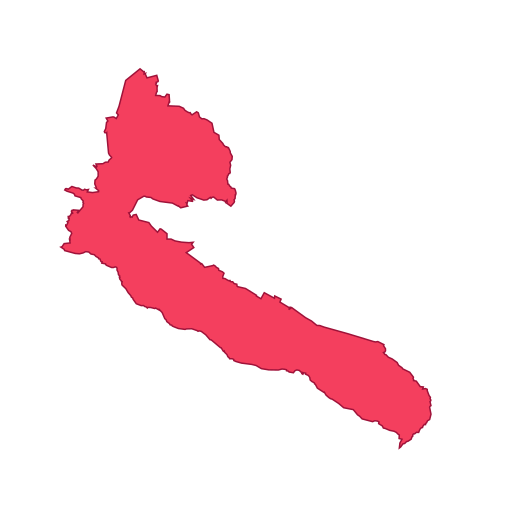 the district of Tuxcueca, Jalisco, Mexico, rotated 190°
{"feature_id": "50627088B64189905632307", "entity_name": "Tuxcueca", "entity_type": "district", "adm_level": 2, "iso_a3": "MEX", "parent_name": "Mexico", "parent_adm1": "Jalisco", "projection": "mercator", "projection_center": [-103.23, 20.139], "detail": "fine", "context": "isolated", "style": "filled", "palette": "rose", "viewbox_px": 512, "rotation_deg": 190, "n_neighbors": 0, "source": "geoboundaries", "source_scale": "gbopen_adm2", "svg_char_len": 6105}
<svg xmlns="http://www.w3.org/2000/svg" viewBox="0 0 512 512"><g transform="rotate(190 256 256)"><path d="M402.7,420.2L414.8,406.3L416.9,379.6L418.2,372.7L416.1,371.0L417.5,367.1L420.1,368.2L421.2,368.1L427.5,365.8L425.3,363.2L426.4,361.5L426.1,355.4L427.0,352.2L426.3,351.2L424.5,351.3L424.4,350.5L424.3,350.9L419.1,331.8L417.9,330.1L415.3,328.1L415.4,327.4L417.3,325.0L417.9,322.8L420.7,322.2L422.8,320.3L429.6,318.8L428.2,316.8L428.5,316.0L432.4,317.3L428.6,314.4L426.1,311.6L425.3,307.1L426.6,304.0L427.7,302.8L427.3,299.0L425.2,295.7L424.9,294.8L425.4,294.8L422.3,293.0L422.2,292.0L427.9,290.1L433.3,289.8L432.6,292.4L434.4,291.7L436.4,292.0L437.2,290.9L438.7,290.7L442.4,292.1L444.8,291.8L449.4,292.5L452.5,289.2L454.5,289.6L454.5,290.0L454.7,289.2L455.3,289.1L455.8,287.8L453.5,287.0L447.3,286.2L445.6,285.4L444.7,283.8L438.7,283.1L438.1,282.0L435.6,280.1L435.8,278.9L434.9,277.9L435.3,277.1L434.9,274.5L438.9,267.5L439.5,267.8L438.4,270.2L443.9,269.7L444.0,269.3L445.1,269.1L445.6,268.1L443.5,266.0L445.1,266.5L445.5,264.5L446.5,262.7L447.8,262.3L447.3,260.5L446.5,260.7L446.5,258.4L448.0,257.2L447.0,256.2L447.9,253.3L448.7,253.5L448.6,252.3L445.0,248.7L442.4,247.8L441.4,246.2L442.6,242.1L442.0,239.8L442.5,239.9L441.3,236.6L447.1,234.9L448.6,231.5L449.7,230.9L446.0,229.2L445.4,228.1L434.4,227.1L430.2,227.5L426.8,229.0L424.5,230.7L421.4,230.9L418.9,229.3L415.4,229.2L413.6,227.8L410.8,226.8L410.5,226.0L408.9,225.8L408.2,224.2L407.4,223.5L406.5,223.5L406.6,222.2L402.8,222.1L402.5,221.4L401.4,220.8L396.3,219.6L394.4,219.9L392.7,220.9L391.3,220.6L390.6,219.6L390.5,218.1L389.0,216.1L388.2,213.7L386.7,212.6L386.9,211.7L386.4,211.4L386.7,211.0L386.1,209.6L384.4,208.2L384.0,207.3L383.4,207.4L383.4,205.3L382.8,204.1L378.5,201.2L375.5,197.7L372.4,195.2L371.6,193.9L370.2,193.3L369.4,191.9L365.6,188.2L360.4,187.2L358.2,187.7L356.7,186.9L355.2,186.8L354.0,185.9L353.6,186.6L350.7,187.0L346.5,186.7L345.8,187.3L342.4,186.1L342.6,186.6L342.2,186.7L338.6,184.0L334.9,178.4L333.6,177.7L332.4,175.9L329.5,174.4L328.6,173.3L327.0,173.3L326.3,172.5L324.3,172.0L319.8,171.1L313.1,171.4L311.9,172.1L306.6,173.2L301.0,172.3L300.0,171.8L299.0,172.4L296.9,172.3L291.8,169.7L286.8,165.6L285.5,165.6L275.0,159.5L274.4,159.6L271.8,156.7L271.2,156.4L270.8,156.9L270.0,155.6L267.5,153.9L266.2,151.9L265.0,151.3L264.1,150.2L261.5,150.7L259.9,150.2L259.7,149.2L257.4,148.6L251.6,148.0L241.4,148.5L236.9,148.2L231.1,146.0L223.6,146.1L214.2,147.6L210.8,149.2L208.3,149.4L206.2,149.3L206.0,148.3L204.6,148.3L203.2,147.5L198.9,147.5L197.7,149.8L196.0,150.9L193.4,150.8L191.6,149.5L190.3,149.4L190.5,148.2L189.3,147.7L188.8,149.3L186.7,149.2L186.7,148.2L184.1,147.6L182.8,146.7L181.9,145.6L181.1,143.3L179.2,142.1L176.5,141.2L176.1,140.2L175.3,140.0L172.6,136.5L165.5,133.5L165.1,133.8L162.9,131.2L159.8,129.3L157.8,128.4L156.0,128.2L148.9,125.1L143.3,121.8L133.5,121.6L128.4,117.2L126.1,116.2L123.2,114.0L112.4,113.1L110.4,114.4L107.7,114.5L106.1,114.0L106.1,112.2L102.1,110.6L100.7,108.7L98.8,108.6L94.0,107.5L89.6,107.4L87.0,106.6L85.7,105.5L83.8,104.6L83.4,101.1L80.4,100.9L81.8,96.8L81.5,91.8L80.4,93.0L78.7,96.5L77.0,97.2L75.5,99.4L74.2,99.9L71.4,102.5L71.0,105.0L70.4,105.5L70.5,107.4L70.0,108.2L68.9,108.4L67.4,110.2L65.2,110.5L64.5,113.8L63.4,115.5L62.2,116.0L62.2,117.1L61.0,119.4L59.8,119.4L59.8,120.6L59.1,121.3L58.5,123.5L56.6,125.1L56.2,130.6L58.7,137.0L58.7,138.0L57.7,139.0L59.4,142.9L58.8,143.7L58.8,144.5L59.8,145.7L59.7,147.1L61.3,148.6L64.0,153.1L64.2,154.4L66.1,154.9L68.8,153.9L68.5,156.1L71.6,155.9L76.4,160.6L79.2,160.7L79.1,161.3L80.1,162.7L79.9,164.0L84.4,168.2L91.8,170.3L92.9,171.4L96.6,173.1L98.5,175.6L104.1,178.3L108.1,179.3L110.9,181.4L112.0,181.4L113.7,183.1L112.5,183.8L112.0,185.1L112.4,187.2L114.8,189.7L114.6,190.9L121.2,192.9L123.3,192.1L125.7,192.2L152.0,195.4L176.5,197.8L181.1,198.6L184.0,198.2L190.0,201.6L196.6,203.9L211.9,211.4L214.5,208.9L213.6,211.4L214.9,211.1L224.5,214.8L223.8,217.9L230.6,219.9L230.5,217.6L241.5,221.3L243.7,214.8L248.7,216.6L248.7,217.4L260.7,222.2L268.7,222.6L269.4,223.0L270.0,224.9L272.7,225.0L274.5,226.6L276.0,226.3L277.2,226.7L277.3,227.3L279.0,227.0L282.7,228.4L284.7,228.2L285.2,230.1L284.5,233.5L286.3,234.6L290.2,235.5L290.8,237.2L293.2,238.0L294.1,238.9L296.1,239.7L297.0,239.0L304.6,235.9L308.2,239.1L309.1,238.5L309.8,239.5L325.3,247.2L318.7,253.5L321.5,256.4L320.3,258.6L324.3,257.5L331.8,256.7L338.4,256.8L342.5,257.9L346.6,257.2L347.5,262.5L354.0,266.0L355.2,266.1L357.1,262.3L364.3,267.3L367.3,270.3L377.7,271.1L381.2,276.1L384.0,275.0L384.8,272.7L385.8,272.9L386.5,272.3L387.0,272.9L386.8,273.9L388.8,276.4L387.9,276.7L385.6,279.7L382.3,290.8L377.0,295.3L375.7,295.6L374.2,295.1L369.6,295.4L367.5,294.3L360.1,293.0L347.5,293.6L341.4,291.6L341.2,291.9L338.5,290.4L331.9,293.3L333.0,294.2L332.9,295.2L333.7,296.1L333.0,296.1L332.7,298.7L328.1,298.8L327.9,299.2L330.6,301.5L327.3,301.0L330.8,304.3L329.3,305.2L324.3,303.1L317.1,302.0L314.0,302.9L311.2,305.8L310.3,305.0L309.4,306.3L307.9,306.7L303.8,304.4L299.7,305.3L296.0,304.6L295.4,303.7L294.3,305.8L293.7,303.4L294.0,302.9L289.4,300.7L286.9,304.8L286.7,306.1L287.4,307.6L286.6,308.9L287.0,312.7L286.6,312.8L286.6,314.5L287.8,317.2L288.8,318.6L292.1,318.6L292.9,319.8L293.9,320.2L295.4,321.9L296.2,321.9L297.1,325.2L298.2,326.7L297.8,328.7L298.1,329.7L297.6,330.2L297.1,332.4L296.2,332.7L295.9,333.8L296.9,337.2L296.7,340.9L298.0,343.8L296.4,346.7L296.7,350.0L299.2,353.1L299.6,354.6L302.0,358.0L302.8,357.8L303.7,358.5L305.1,358.3L307.4,359.9L308.1,361.0L312.4,364.3L313.5,368.5L318.9,370.5L322.4,379.1L327.8,381.5L331.1,382.2L333.1,381.7L335.8,383.1L337.7,387.0L339.5,387.7L343.5,383.9L344.5,384.4L345.7,385.8L346.5,385.5L348.4,385.9L351.4,387.2L353.0,388.9L357.6,390.1L368.8,388.6L368.5,391.2L367.8,392.6L368.3,392.7L368.2,394.2L369.6,399.8L371.8,399.9L373.4,396.7L376.5,396.6L378.4,397.3L382.7,396.7L382.4,400.1L381.9,400.7L382.7,404.6L382.6,406.7L383.5,406.4L384.6,407.9L384.1,408.7L384.5,409.7L382.9,410.6L382.6,411.4L385.1,416.7L394.3,412.5L396.6,415.9L396.5,416.7L397.8,415.8L398.1,418.0L398.4,417.8L402.7,420.2Z" fill="#f43f5e" stroke="#9f1239" stroke-width="1.5"/></g></svg>